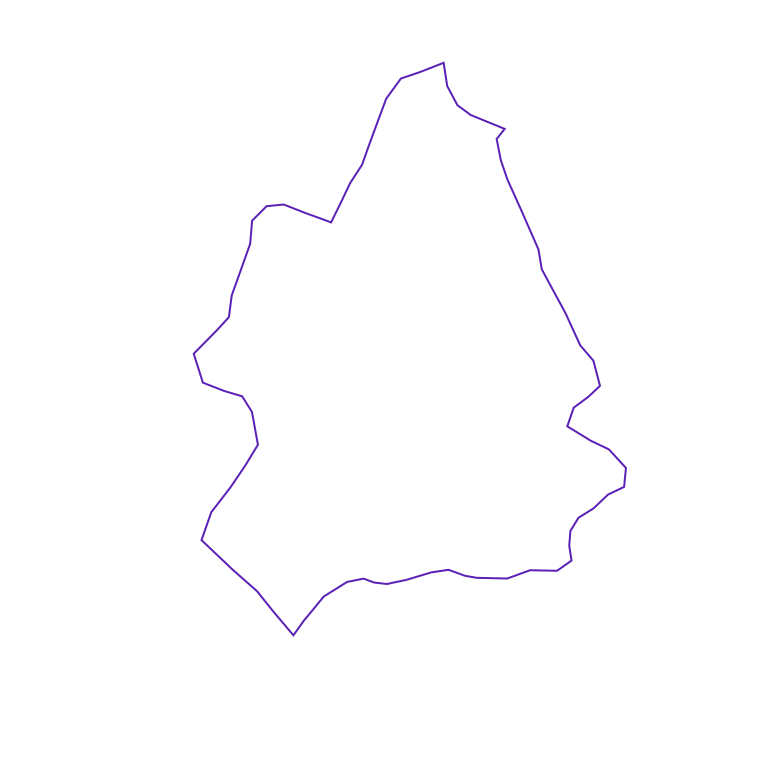 Agkomi Ammochostou, Cyprus, rotated 148°
{"feature_id": "46923920B44802407724135", "entity_name": "Agkomi Ammochostou", "entity_type": "district", "adm_level": 2, "iso_a3": "CYP", "parent_name": "Cyprus", "parent_adm1": "", "projection": "orthographic", "projection_center": [33.885, 35.158], "detail": "fine", "context": "isolated", "style": "outline", "palette": "violet", "viewbox_px": 768, "rotation_deg": 148, "n_neighbors": 0, "source": "geoboundaries", "source_scale": "gbopen_adm2", "svg_char_len": 1090}
<svg xmlns="http://www.w3.org/2000/svg" viewBox="0 0 768 768"><g transform="rotate(148 384 384)"><path d="M234.9,169.5L223.3,184.6L227.9,209.3L238.7,226.3L251.0,251.0L235.6,263.4L217.1,264.9L201.8,268.0L194.1,292.7L197.1,312.8L192.5,348.3L191.0,373.0L189.4,397.7L181.7,416.3L175.6,458.0L171.0,491.9L166.3,512.0L158.6,532.1L146.5,536.4L167.9,566.1L174.0,581.5L172.5,603.2L163.2,624.8L187.8,629.4L207.8,634.1L230.9,624.8L250.9,609.4L270.9,593.9L286.3,581.6L306.3,572.3L323.2,561.5L343.2,549.1L360.1,570.7L373.9,589.3L389.3,597.0L409.3,592.4L423.2,573.8L452.4,550.7L466.2,539.8L480.1,522.9L497.0,518.2L529.3,510.5L536.9,481.1L523.1,462.6L510.8,448.7L510.8,430.2L523.1,399.3L544.6,388.5L569.2,377.6L598.4,366.8L621.5,348.3L610.7,306.6L601.5,275.7L598.4,249.5L594.0,218.9L577.3,225.8L562.5,230.7L547.8,235.7L520.2,235.7L504.5,229.8L497.6,220.9L487.8,213.0L469.1,206.1L443.5,199.1L427.7,192.2L416.9,178.4L408.1,170.5L382.5,153.7L358.9,148.7L336.2,133.9L318.5,134.9L312.6,148.7L303.8,160.6L290.0,167.5L272.3,167.5L252.6,171.5L234.9,169.5Z" fill="none" stroke="#5b21b6" stroke-width="2"/></g></svg>